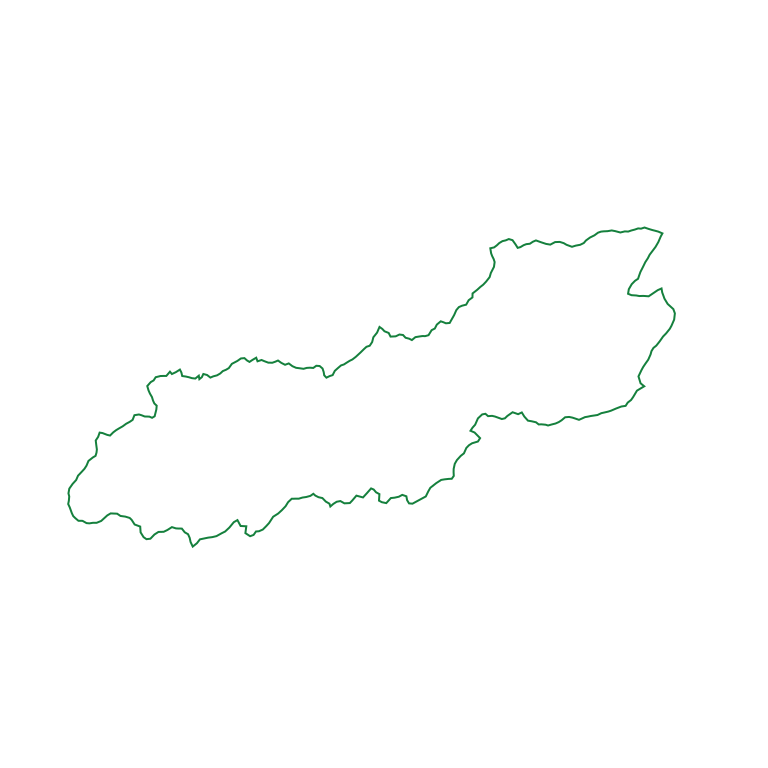 the district of Agudos, São Paulo, Brazil, rotated 27°
{"feature_id": "56859067B30413823559578", "entity_name": "Agudos", "entity_type": "district", "adm_level": 2, "iso_a3": "BRA", "parent_name": "Brazil", "parent_adm1": "São Paulo", "projection": "equal_earth", "projection_center": [-49.116, -22.562], "detail": "fine", "context": "isolated", "style": "outline", "palette": "green", "viewbox_px": 768, "rotation_deg": 27, "n_neighbors": 0, "source": "geoboundaries", "source_scale": "gbopen_adm2", "svg_char_len": 5301}
<svg xmlns="http://www.w3.org/2000/svg" viewBox="0 0 768 768"><g transform="rotate(27 384 384)"><path d="M325.9,573.3L328.2,579.8L333.8,580.4L336.3,577.7L336.9,573.5L339.4,572.0L342.1,568.7L343.6,564.1L344.7,560.1L345.5,552.6L348.5,547.5L350.3,542.7L351.8,537.6L352.2,532.8L353.9,528.1L360.2,524.8L362.9,522.2L366.0,520.0L369.2,517.1L370.9,513.9L373.4,514.6L377.0,514.6L380.9,513.6L385.6,515.2L389.7,515.4L391.8,517.5L393.3,513.8L395.3,510.4L398.3,508.1L402.9,508.3L407.6,505.6L408.6,502.3L410.1,496.0L416.8,494.6L418.4,488.8L419.9,482.9L422.7,482.7L426.1,484.1L429.9,484.2L432.5,490.2L435.7,490.3L440.1,489.1L441.9,482.5L445.0,480.5L448.4,477.7L450.6,474.5L454.9,473.9L457.3,477.0L460.5,479.0L463.7,477.7L472.3,465.2L472.2,459.6L472.4,455.4L475.6,448.5L478.5,443.5L481.2,441.5L485.0,439.0L487.4,437.7L487.9,434.2L486.0,430.9L484.6,428.0L483.3,423.0L483.5,418.7L485.0,413.2L486.7,409.5L486.4,403.6L487.5,400.0L489.4,396.8L493.8,392.6L494.2,388.6L490.6,387.4L486.7,386.1L482.3,386.4L482.7,382.7L483.7,378.9L483.3,372.0L485.3,366.5L487.9,364.5L491.3,365.4L494.8,363.3L497.7,362.6L504.9,361.7L507.3,359.7L508.4,356.5L511.4,350.8L514.2,350.4L517.2,350.0L519.7,346.8L523.8,349.3L528.9,351.3L532.4,350.2L536.8,349.1L540.2,349.8L542.5,348.5L546.5,346.9L549.0,346.5L551.6,344.1L554.8,341.3L557.0,338.6L558.7,335.7L560.5,331.4L563.9,329.3L567.2,328.4L570.5,327.9L574.0,327.4L576.2,324.7L578.1,322.3L580.5,320.5L582.7,318.7L588.3,314.7L590.9,311.3L593.1,309.5L596.3,306.8L598.4,304.7L601.9,300.5L605.7,296.3L609.2,293.8L609.6,289.9L611.4,286.1L611.9,282.6L612.4,275.1L614.7,271.4L616.9,267.9L612.3,266.9L607.3,261.7L607.1,254.9L607.2,251.2L607.7,247.1L608.4,242.4L608.1,236.7L607.4,233.3L607.7,229.5L609.2,226.2L610.3,220.7L611.1,215.0L612.4,210.8L613.6,205.0L613.7,201.6L613.3,194.9L611.1,189.0L607.8,185.9L600.4,183.9L595.1,180.6L593.0,178.6L590.4,176.2L587.9,172.9L585.3,176.1L580.0,185.7L575.0,187.8L571.6,189.7L568.6,190.6L564.2,192.5L560.5,192.8L559.1,188.4L559.4,182.6L560.8,178.1L562.6,174.9L562.1,171.6L561.6,167.7L561.6,161.7L561.5,156.8L562.0,152.2L562.0,148.2L562.7,144.3L563.7,138.6L564.0,133.0L563.6,126.9L563.7,123.4L559.2,123.7L555.8,124.4L553.2,125.0L549.3,125.7L545.1,126.3L542.5,128.9L539.8,130.0L537.4,132.5L534.6,135.0L532.4,137.3L529.3,138.7L525.8,141.7L520.7,142.8L517.2,143.8L513.7,146.4L510.5,148.2L508.2,149.7L506.0,152.0L504.0,156.0L501.1,159.9L498.8,164.4L498.0,167.7L495.6,170.9L492.1,173.6L489.2,176.4L485.9,176.8L483.4,177.1L480.2,176.9L476.1,177.6L472.0,179.9L468.9,184.3L464.8,185.6L459.6,186.4L454.2,187.1L452.1,189.6L450.3,192.8L447.3,194.8L445.4,196.9L443.4,200.1L441.3,202.0L438.0,200.0L433.2,197.5L429.4,198.2L427.2,200.8L424.7,202.9L422.7,206.1L421.6,209.2L420.1,212.3L417.1,214.8L420.1,218.9L422.3,220.9L425.0,222.9L427.2,225.1L428.8,229.7L428.8,236.6L429.6,240.8L428.5,246.4L427.3,250.5L425.8,253.7L424.3,257.7L421.8,263.1L423.5,266.7L421.4,270.9L421.2,276.0L418.0,278.8L415.8,281.5L414.9,285.3L415.2,290.7L414.8,299.8L411.6,301.8L408.9,302.0L406.1,302.4L404.1,307.1L404.1,311.5L402.0,314.4L401.5,320.3L398.9,322.7L396.5,323.8L394.1,325.5L390.7,328.0L388.9,332.2L385.9,332.2L382.2,333.0L378.7,331.7L375.3,332.9L372.8,336.2L368.3,338.8L365.0,336.4L360.5,336.8L357.5,335.7L354.1,335.2L354.5,341.4L353.3,347.2L354.4,352.0L353.9,356.4L351.5,358.8L350.3,362.0L348.8,366.5L346.5,372.7L344.7,376.5L342.9,378.9L341.2,381.7L339.4,384.8L337.3,386.9L335.8,390.5L334.2,394.6L334.2,399.4L332.0,401.6L329.8,404.5L326.8,403.4L324.8,400.7L322.2,398.1L318.5,397.2L315.4,398.5L313.7,401.8L310.6,403.1L307.9,404.7L305.4,407.0L301.9,408.2L298.3,409.5L294.3,409.7L289.8,408.9L287.1,411.8L282.9,411.8L278.9,411.2L277.0,413.5L274.9,415.7L271.3,417.5L266.9,418.0L264.0,418.2L261.0,421.2L258.2,418.6L255.9,422.2L254.1,425.4L251.2,425.2L247.9,424.3L244.9,426.2L242.9,430.0L239.3,435.1L238.5,440.3L236.8,443.0L234.5,445.7L233.3,449.0L231.3,452.1L228.4,454.7L226.4,457.1L222.3,456.3L218.5,457.1L218.6,460.6L217.3,463.5L215.2,460.7L213.4,464.8L210.2,466.0L207.3,466.5L204.1,467.3L200.6,468.5L198.2,465.7L195.6,463.8L193.2,467.9L190.5,471.4L187.7,470.2L186.4,475.6L181.3,478.3L177.5,481.6L177.1,485.4L175.3,488.2L174.0,493.3L177.1,496.6L179.8,498.8L183.2,501.0L185.7,503.6L188.2,505.6L191.3,506.5L192.7,510.0L194.3,516.9L192.7,519.4L189.7,519.6L185.5,521.6L182.2,521.9L179.5,522.4L175.8,525.1L176.3,530.1L174.6,533.2L172.3,536.5L170.4,540.3L168.1,543.8L166.3,546.7L164.7,550.0L163.3,554.3L160.4,555.0L155.5,555.5L152.7,556.4L153.3,560.9L152.8,565.2L155.2,568.8L157.9,572.7L159.0,575.7L159.6,579.0L158.0,581.5L155.6,586.7L156.0,591.8L155.6,595.6L154.4,599.9L153.0,604.6L153.3,609.3L151.9,614.4L151.1,620.1L152.5,624.7L154.6,627.1L156.2,631.1L157.1,634.3L160.0,636.6L164.5,640.8L167.1,642.8L170.0,643.7L173.8,644.6L177.5,642.8L182.1,643.0L184.8,641.9L187.7,639.8L191.0,638.1L194.2,634.4L197.1,626.7L199.2,623.4L205.1,620.7L209.1,621.2L213.7,619.6L218.2,618.8L220.8,619.6L225.6,622.4L231.5,621.7L234.5,626.7L239.3,629.6L242.8,630.1L246.1,627.9L247.8,622.3L250.2,618.2L254.8,615.7L257.3,612.4L260.0,607.8L264.2,607.1L266.7,606.0L269.5,604.6L273.8,606.6L277.6,606.8L280.7,609.3L283.4,612.6L287.4,615.7L289.6,610.8L290.5,606.0L297.1,600.7L300.5,598.4L303.8,595.6L307.1,590.7L309.4,587.6L311.4,582.1L312.9,575.3L315.2,571.8L320.7,575.6L325.9,573.3Z" fill="none" stroke="#15803d" stroke-width="2"/></g></svg>